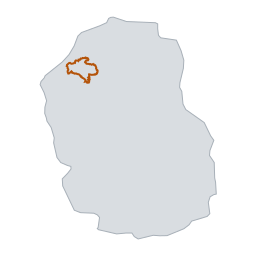 location of Kochani, Kočani, North Macedonia, rotated 269°
{"feature_id": "65306769B7034673009325", "entity_name": "Kochani", "entity_type": "district", "adm_level": 2, "iso_a3": "MKD", "parent_name": "North Macedonia", "parent_adm1": "Kočani", "projection": "orthographic", "projection_center": [22.415, 41.994], "detail": "fine", "context": "in_parent", "style": "outline", "palette": "amber", "viewbox_px": 256, "rotation_deg": 269, "n_neighbors": 0, "source": "geoboundaries", "source_scale": "gbopen_adm2", "svg_char_len": 2392}
<svg xmlns="http://www.w3.org/2000/svg" viewBox="0 0 256 256"><g transform="rotate(269 128 128)"><path d="M114.6,53.4L119.4,54.1L129.8,51.2L136.3,47.1L139.6,46.5L144.0,45.0L150.3,45.3L156.7,47.1L164.9,44.7L172.9,40.9L176.1,41.9L179.5,45.1L181.8,46.1L195.1,63.4L202.4,70.3L211.0,75.6L220.8,79.5L224.3,83.2L230.7,101.6L233.7,108.5L237.9,110.6L238.9,112.6L239.1,115.3L234.5,128.2L232.8,157.2L231.6,159.5L226.7,159.4L220.1,160.1L217.6,162.3L215.0,177.9L204.4,182.4L194.8,185.0L186.7,184.4L172.4,180.7L167.7,180.3L163.7,182.4L151.0,183.4L145.4,186.1L132.1,204.3L118.7,210.5L114.2,213.6L104.0,209.5L99.1,209.0L92.0,213.6L76.5,213.8L72.3,214.6L60.4,215.1L59.9,212.6L57.8,208.9L52.3,207.0L40.9,208.3L38.2,205.6L33.8,190.0L30.2,187.4L26.3,182.1L19.7,165.2L19.7,157.8L20.3,151.4L16.9,136.2L19.3,132.4L22.9,130.1L23.0,124.0L22.3,114.8L26.8,96.8L28.0,95.5L29.0,96.4L39.1,98.0L41.7,95.8L43.4,92.3L44.2,79.0L46.7,72.9L71.2,61.7L78.3,61.4L83.7,66.8L88.0,70.3L90.6,70.2L91.6,66.8L94.6,60.2L99.7,56.5L114.4,53.4L114.6,53.4Z" fill="#d9dde1" stroke="#a8b0b8" stroke-width="1"/><path d="M199.5,87.3L199.1,87.3L199.2,87.0L198.9,86.8L198.7,86.3L198.9,85.9L198.6,85.1L198.8,83.9L198.5,83.7L198.1,82.5L198.3,82.0L197.8,81.5L197.2,81.4L197.2,80.1L196.7,80.2L195.9,79.6L196.2,79.4L196.4,76.9L195.8,76.4L194.4,76.2L194.6,75.9L193.7,75.0L193.5,74.4L193.2,72.7L193.5,71.9L194.1,71.3L194.1,70.4L192.2,68.1L191.1,67.9L191.1,68.2L189.8,68.7L188.8,68.6L187.8,69.3L187.1,69.3L186.2,68.7L185.2,68.6L183.5,69.2L183.5,69.9L185.6,72.4L185.1,72.7L185.0,72.9L184.8,72.9L184.9,73.1L183.9,73.9L183.8,74.9L183.4,75.2L183.2,75.8L183.5,76.9L183.2,77.7L182.8,78.1L182.6,79.7L181.7,80.8L180.0,81.8L179.9,82.3L180.1,82.5L179.0,83.1L178.5,84.3L177.4,85.7L176.2,86.4L175.1,85.9L175.3,86.8L175.1,87.2L174.6,87.5L174.7,87.9L174.0,88.1L174.1,89.6L174.9,90.0L175.7,89.9L176.5,90.2L176.3,89.5L177.0,88.8L178.3,90.2L178.9,90.3L178.9,89.6L179.2,89.1L179.9,89.7L179.8,90.1L182.3,90.0L182.3,90.7L181.8,92.2L181.9,95.7L182.3,95.7L182.4,97.4L183.1,97.6L183.3,98.0L183.9,97.9L184.6,98.6L185.5,98.5L186.2,98.0L186.4,98.3L187.0,97.7L188.1,97.1L189.0,97.3L191.2,96.4L191.1,96.0L191.5,95.3L192.3,94.8L192.0,94.5L192.4,93.7L191.9,92.7L192.6,91.5L192.4,90.6L192.7,90.3L193.0,87.6L194.2,86.9L194.2,86.5L194.5,86.2L195.1,86.4L196.2,87.4L196.4,89.2L197.1,89.6L197.8,89.4L198.6,88.8L198.5,87.6L199.5,87.3Z" fill="none" stroke="#b45309" stroke-width="2"/></g></svg>